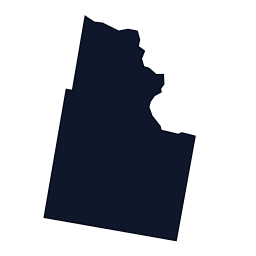 Gooding, Idaho, United States of America (Albers equal-area conic projection), rotated 190°
{"feature_id": "52423323B5287094029931", "entity_name": "Gooding", "entity_type": "district", "adm_level": 2, "iso_a3": "USA", "parent_name": "United States of America", "parent_adm1": "Idaho", "projection": "albers", "projection_center": [-114.845, 42.924], "detail": "fine", "context": "isolated", "style": "filled", "palette": "ink", "viewbox_px": 256, "rotation_deg": 190, "n_neighbors": 0, "source": "geoboundaries", "source_scale": "gbopen_adm2", "svg_char_len": 534}
<svg xmlns="http://www.w3.org/2000/svg" viewBox="0 0 256 256"><g transform="rotate(190 128 128)"><path d="M194.9,25.5L61.1,25.6L60.6,131.5L74.1,132.5L77.3,130.3L95.2,131.4L96.7,135.1L106.6,144.0L111.3,152.2L110.8,158.0L107.8,164.5L101.7,169.4L103.1,172.1L100.5,177.5L102.5,186.7L109.5,185.3L118.0,190.4L123.3,191.0L127.0,198.6L125.3,206.6L132.4,210.1L132.0,216.8L135.8,224.9L145.2,225.0L154.0,221.6L171.4,226.7L179.8,226.2L189.5,230.5L189.1,155.2L195.4,155.2L194.9,25.5Z" fill="#0f172a" stroke="#020617" stroke-width="1.5"/></g></svg>